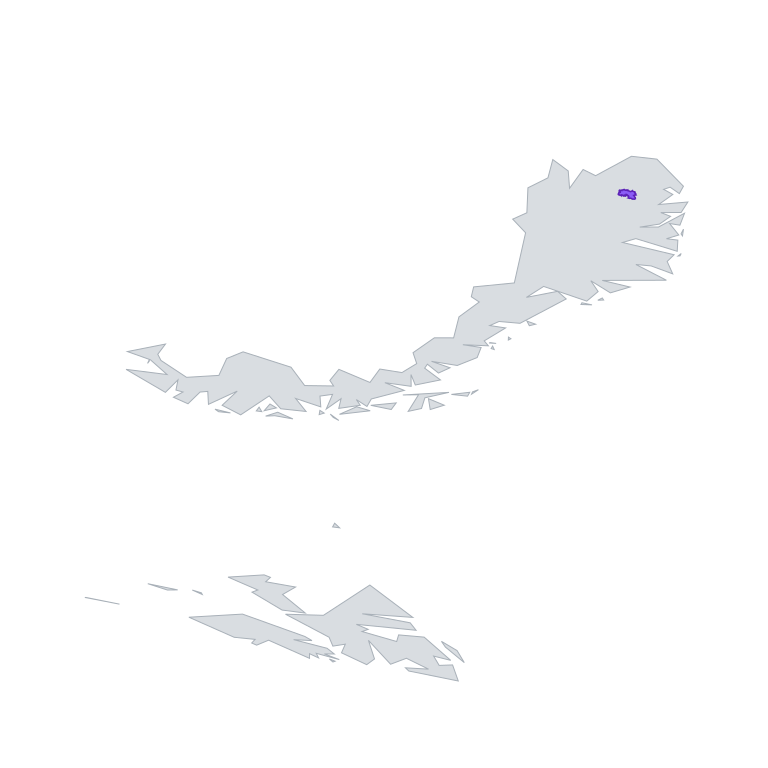 Tokke nor, Telemark, Norway (highlighted), rotated 194°
{"feature_id": "86288312B10810953516710", "entity_name": "Tokke nor", "entity_type": "district", "adm_level": 2, "iso_a3": "NOR", "parent_name": "Norway", "parent_adm1": "Telemark", "projection": "robinson", "projection_center": [7.933, 59.464], "detail": "fine", "context": "in_parent", "style": "filled", "palette": "violet", "viewbox_px": 768, "rotation_deg": 194, "n_neighbors": 0, "source": "geoboundaries", "source_scale": "gbopen_adm2", "svg_char_len": 6308}
<svg xmlns="http://www.w3.org/2000/svg" viewBox="0 0 768 768"><g transform="rotate(194 384 384)"><path d="M460.6,363.3L432.4,369.9L437.4,374.4L431.3,387.3L398.0,382.1L391.7,397.5L369.4,399.4L357.2,411.7L363.4,421.4L346.3,441.0L327.6,445.6L327.5,467.3L311.4,486.6L320.4,489.8L320.5,499.9L282.0,513.6L283.2,565.0L299.0,575.1L286.8,584.7L291.8,609.2L274.8,623.7L274.5,642.6L256.8,635.3L251.3,618.8L242.7,640.3L229.1,637.3L199.0,664.8L173.6,668.2L141.3,648.3L143.5,640.2L154.0,644.2L159.8,640.5L149.6,637.8L160.9,624.6L133.2,634.1L137.2,622.3L156.9,617.3L146.5,616.0L155.4,605.8L173.8,598.1L155.7,602.7L133.7,622.4L135.3,609.7L145.7,608.8L134.0,599.9L145.1,593.3L133.7,594.7L131.6,583.7L174.8,586.0L186.9,579.0L133.8,579.6L138.9,571.4L130.5,560.7L153.4,563.2L168.5,560.9L135.1,553.0L197.3,537.3L168.8,537.6L186.4,527.2L208.3,534.2L198.6,525.5L207.3,513.5L252.7,517.3L266.8,502.5L238.0,515.9L227.8,510.6L266.7,475.8L287.5,472.5L295.5,466.3L279.6,467.8L297.2,450.1L292.0,446.3L317.0,441.2L298.6,442.9L300.0,432.2L317.4,419.7L343.4,417.5L323.9,415.7L333.8,407.8L346.7,413.7L348.4,409.2L330.2,401.6L353.4,390.6L360.1,399.7L357.1,388.3L383.5,385.5L362.8,382.7L392.7,366.4L395.1,358.1L407.1,362.2L401.9,357.6L422.0,349.4L422.1,359.4L434.0,345.7L431.4,361.5L443.2,356.8L439.8,346.5L466.3,348.6L453.0,338.5L478.2,335.0L492.5,344.7L515.6,319.4L535.9,324.2L524.7,341.6L549.4,321.8L553.2,334.2L560.5,331.7L569.4,317.4L585.1,320.2L577.1,327.6L584.4,327.8L584.9,338.2L594.1,323.0L637.8,335.8L596.8,340.7L616.5,351.0L640.8,353.4L605.7,369.9L610.7,358.1L606.1,352.9L577.2,342.7L546.3,352.4L542.8,370.7L528.5,381.1L478.3,377.8L460.6,363.3ZM332.9,107.5L360.2,112.9L358.6,122.2L370.2,117.3L376.0,125.0L423.9,136.8L386.8,144.9L349.1,185.5L299.6,164.5L349.5,155.8L300.8,158.6L293.3,152.8L352.7,144.1L340.0,142.1L345.4,138.5L309.4,137.2L309.1,144.1L283.8,148.1L252.4,132.0L270.0,132.0L262.4,124.3L249.5,128.0L240.1,113.8L290.5,111.5L294.5,113.8L271.8,118.1L295.9,123.3L309.8,113.7L337.1,131.5L326.7,114.9L332.9,107.5ZM389.9,99.8L434.0,107.5L444.4,99.8L449.7,100.7L447.3,105.0L468.1,102.0L516.9,110.5L465.6,126.5L399.8,119.9L391.8,117.6L409.9,114.1L375.3,113.8L366.9,110.0L376.6,107.7L360.7,105.8L384.6,106.3L381.2,102.4L391.0,104.3L389.9,99.8ZM428.2,140.0L461.7,150.1L456.6,153.6L488.6,158.9L454.1,169.8L447.4,168.9L451.0,163.5L420.7,165.6L431.5,155.2L405.0,142.7L428.2,140.0ZM347.9,381.9L363.1,377.9L318.9,391.6L341.0,380.5L341.7,369.3L353.9,363.3L347.9,381.9ZM370.8,361.0L391.7,360.1L367.6,368.6L370.8,361.0ZM390.9,354.7L419.9,343.8L405.0,355.3L390.9,354.7ZM238.7,133.1L260.8,143.6L266.0,148.2L248.6,143.0L238.7,133.1ZM333.0,370.4L337.3,380.5L320.4,378.0L333.0,370.4ZM491.1,324.2L480.3,330.9L463.9,328.1L482.3,326.8L491.1,324.2ZM493.8,329.1L489.8,337.0L482.6,334.8L493.8,329.1ZM300.0,392.4L316.1,390.2L298.8,396.7L300.0,392.4ZM621.5,104.8L587.4,106.4L622.6,104.5L621.5,104.8ZM544.3,131.7L564.9,133.1L534.4,134.3L544.3,131.7ZM526.0,318.8L537.8,317.1L541.9,318.7L526.0,318.8ZM501.4,327.0L499.6,331.3L495.9,327.6L501.4,327.0ZM439.5,338.6L439.8,342.9L435.0,341.3L439.5,338.6ZM399.3,232.9L398.2,237.0L392.3,233.7L399.3,232.9ZM520.2,137.7L510.7,137.2L509.4,135.8L520.2,137.7ZM257.1,475.7L260.5,479.6L251.4,478.7L257.1,475.7ZM419.0,337.7L425.2,339.3L428.9,341.8L419.0,337.7ZM366.3,101.9L370.5,104.0L364.4,103.2L366.3,101.9ZM211.6,510.7L201.3,511.1L212.1,508.8L211.6,510.7ZM196.8,517.0L193.0,520.3L191.2,518.6L196.8,517.0ZM296.2,397.8L291.0,401.3L296.6,395.3L296.2,397.8ZM132.1,601.5L130.9,606.7L130.2,599.9L132.1,601.5ZM287.8,447.1L285.4,444.1L288.6,444.3L287.8,447.1ZM618.4,346.8L617.7,350.4L617.2,349.7L618.4,346.8ZM290.8,449.9L285.0,450.5L292.0,449.2L290.8,449.9ZM274.0,456.7L274.6,459.6L271.8,458.6L274.0,456.7ZM129.7,579.3L127.2,582.5L127.8,579.9L129.7,579.3Z" fill="#d9dde1" stroke="#a8b0b8" stroke-width="1"/><path d="M198.4,630.5L198.5,630.5L198.6,630.4L198.8,630.4L198.9,630.2L199.1,630.0L199.3,630.0L199.5,630.0L199.8,629.9L200.1,629.7L200.5,629.6L200.7,629.4L200.5,629.2L201.2,629.1L202.2,629.2L202.4,629.0L202.5,628.9L202.6,628.6L202.5,628.4L202.4,628.2L202.3,628.3L201.9,628.3L201.7,628.3L201.5,628.2L201.5,627.9L201.4,627.8L201.3,627.7L201.2,627.6L201.1,627.1L201.4,626.9L201.5,626.8L201.8,626.7L202.1,626.7L202.4,626.7L202.4,625.9L202.3,625.7L202.3,625.4L202.4,625.2L202.5,625.1L202.7,624.9L202.5,624.6L202.4,624.5L202.2,624.4L201.9,624.3L201.6,624.3L201.2,624.5L200.6,624.4L200.7,624.2L200.4,624.1L200.1,624.3L199.9,624.5L199.7,624.6L199.3,624.5L199.2,624.4L199.2,624.5L199.1,624.8L199.1,625.0L198.7,625.0L198.4,625.0L198.2,625.0L197.9,624.9L197.6,624.9L197.6,624.5L197.5,624.4L197.4,624.4L197.2,624.3L197.0,624.5L196.8,624.5L196.7,624.7L196.6,624.8L196.4,624.8L196.2,624.7L195.9,624.7L195.7,624.6L195.4,624.6L195.2,624.7L195.2,624.8L195.0,625.0L195.3,625.2L195.3,625.3L195.5,625.5L195.4,625.5L195.2,625.8L195.1,626.0L194.9,626.1L195.0,626.3L195.0,626.5L194.9,626.5L194.7,626.6L194.4,626.6L194.2,626.5L194.0,626.4L193.9,626.4L193.7,626.3L193.4,626.2L193.2,626.0L193.3,625.8L193.2,625.8L193.3,625.7L193.2,625.6L192.9,625.4L192.5,625.2L192.3,625.2L192.2,625.2L191.9,625.1L191.9,624.9L191.9,624.7L191.8,624.4L191.7,624.2L191.6,623.9L191.8,623.8L192.0,623.6L191.9,623.6L191.2,623.5L190.9,623.5L190.7,623.5L189.9,623.9L189.4,623.9L189.1,623.9L188.9,623.8L188.7,623.7L188.4,623.6L188.2,623.6L187.9,623.6L187.7,623.5L187.4,623.6L187.2,623.6L186.7,623.8L186.4,623.8L186.2,623.8L185.7,623.9L185.6,624.0L184.9,624.6L185.3,625.7L186.3,626.3L186.6,626.9L187.3,627.4L186.3,627.9L186.3,628.0L186.0,628.1L186.3,628.2L186.3,628.3L186.2,628.4L186.1,628.5L185.7,628.9L185.5,629.0L185.4,629.2L185.5,629.3L186.1,629.6L186.6,629.8L186.6,630.1L186.8,630.4L186.9,630.6L187.0,630.6L187.0,630.9L186.9,631.0L187.0,631.1L187.6,631.1L188.3,631.1L188.8,631.3L189.3,631.2L190.1,631.2L190.1,631.3L190.3,631.1L190.6,630.9L190.7,630.7L190.8,630.7L191.0,630.6L191.2,630.4L191.3,630.3L191.7,630.3L192.0,630.3L192.6,630.5L192.9,630.6L193.4,630.5L193.7,630.6L194.0,630.6L194.4,630.6L194.7,630.6L194.8,630.7L194.8,630.8L194.9,630.7L195.0,630.7L195.0,630.8L194.9,630.9L195.0,630.9L195.1,631.0L195.3,631.0L195.3,630.9L195.5,630.8L195.6,630.7L195.8,630.7L196.0,630.6L196.5,630.4L196.9,630.4L197.0,630.5L197.3,630.6L197.4,630.8L197.6,630.8L198.0,630.9L198.3,630.7L198.2,630.6L198.3,630.6L198.4,630.5Z" fill="#8b5cf6" stroke="#5b21b6" stroke-width="1.5"/></g></svg>